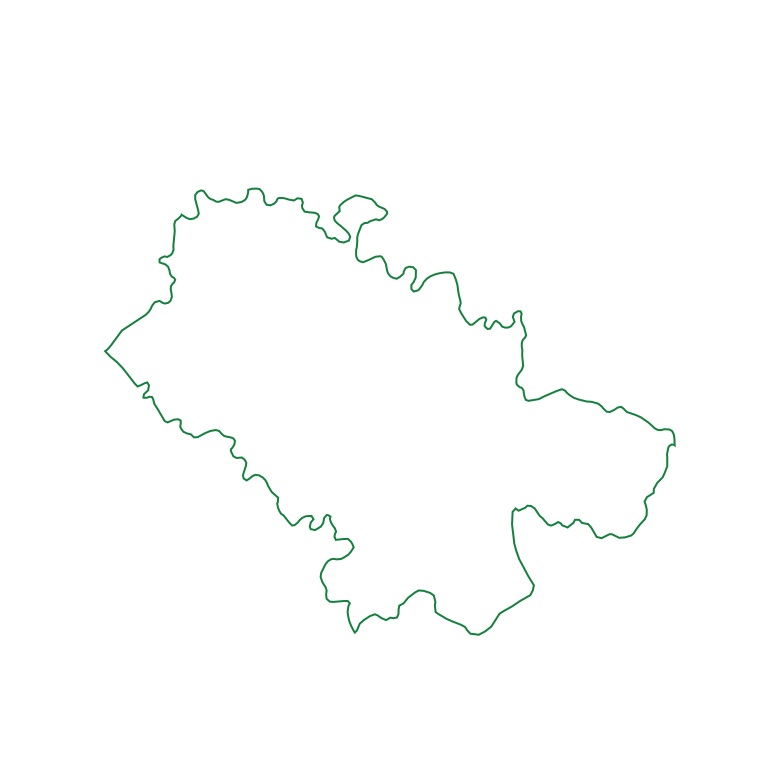 outline of Barysaw, Minsk, Belarus, rotated 147°
{"feature_id": "67162791B39606099444015", "entity_name": "Barysaw", "entity_type": "district", "adm_level": 2, "iso_a3": "BLR", "parent_name": "Belarus", "parent_adm1": "Minsk", "projection": "albers", "projection_center": [28.522, 54.3], "detail": "fine", "context": "isolated", "style": "outline", "palette": "green", "viewbox_px": 768, "rotation_deg": 147, "n_neighbors": 0, "source": "geoboundaries", "source_scale": "gbopen_adm2", "svg_char_len": 6166}
<svg xmlns="http://www.w3.org/2000/svg" viewBox="0 0 768 768"><g transform="rotate(147 384 384)"><path d="M441.1,122.1L434.1,121.4L426.1,122.1L412.3,128.4L407.7,128.4L397.3,127.7L388.0,127.9L376.2,127.2L371.6,129.9L367.9,133.5L367.7,143.4L366.0,163.5L363.8,172.5L361.8,178.8L353.1,196.5L345.8,206.7L341.4,207.9L340.2,204.5L333.1,203.3L330.0,203.8L327.1,201.6L325.4,197.5L325.2,188.5L324.2,185.3L323.0,176.8L320.8,174.1L316.0,173.4L313.1,173.4L311.6,170.7L311.6,168.5L308.2,163.7L300.7,164.4L297.8,166.1L294.4,163.9L293.5,159.5L289.1,155.4L288.4,151.0L288.9,139.9L285.5,136.2L276.6,135.2L274.6,133.7L270.5,126.9L265.2,124.0L259.2,122.3L255.8,122.8L251.7,124.7L245.8,126.8L239.0,128.5L235.4,130.7L232.2,135.2L230.7,138.9L229.5,143.5L225.1,145.9L217.1,145.8L214.9,149.0L209.1,152.1L201.1,154.0L197.2,156.4L191.3,160.7L186.4,168.2L185.0,170.8L180.1,175.9L178.6,176.6L175.7,176.6L173.8,174.9L173.6,174.3L170.0,180.3L168.5,183.6L168.0,187.4L169.2,190.2L173.5,193.4L176.7,194.4L179.2,196.1L181.1,199.4L182.1,203.6L183.4,208.1L186.7,216.1L189.7,220.8L195.6,228.3L196.5,232.7L197.5,235.6L200.9,237.0L204.8,236.9L209.9,237.5L212.4,239.6L213.5,244.5L213.6,246.5L215.1,250.9L219.5,255.9L223.6,259.0L229.4,265.2L232.4,269.2L234.3,273.4L235.4,276.9L235.7,279.6L237.4,282.6L242.5,284.0L255.9,286.3L262.4,287.0L272.0,291.2L273.7,293.5L273.2,296.5L271.6,300.5L270.5,302.5L270.5,305.5L272.0,307.7L272.9,311.0L272.3,313.0L269.6,316.9L266.8,318.7L260.7,320.9L257.4,323.5L252.4,333.0L249.7,336.7L248.0,340.5L246.2,343.2L243.7,345.3L240.5,346.1L238.3,347.3L235.6,355.4L235.3,358.7L234.6,362.2L232.5,365.7L230.3,368.0L229.9,370.5L232.0,372.1L236.6,372.3L239.3,370.3L240.7,365.0L246.0,363.2L249.1,363.7L251.7,365.3L253.7,367.9L253.7,370.0L253.9,371.9L255.6,375.9L257.5,376.0L264.9,372.6L267.3,373.9L268.1,377.7L266.3,380.1L263.2,382.2L262.8,384.5L264.8,386.0L268.6,386.6L277.4,385.6L279.6,386.8L280.8,392.0L280.7,400.9L280.2,405.9L278.0,408.1L275.7,409.9L274.3,413.1L272.9,417.5L270.6,422.7L268.6,426.9L266.8,432.6L265.7,438.6L268.2,441.9L271.9,444.3L277.2,446.7L281.7,448.2L286.3,449.0L290.7,449.0L295.0,447.9L297.6,446.3L303.1,444.1L305.0,444.1L308.8,445.4L309.3,448.7L307.2,452.0L303.4,453.5L299.4,456.0L295.2,462.1L296.0,466.1L299.0,468.7L302.7,469.5L306.1,467.6L307.6,465.9L312.2,465.2L316.1,465.4L318.8,468.5L319.9,470.8L320.3,474.4L319.7,477.3L317.1,483.5L316.6,487.8L316.5,491.6L317.5,493.2L322.0,495.4L328.9,496.3L335.2,497.5L337.4,500.0L338.3,502.4L337.9,505.9L336.6,508.2L334.5,511.4L332.1,513.8L328.6,518.3L327.0,521.0L324.9,523.2L322.9,524.8L316.4,529.5L312.7,529.6L310.0,528.1L307.0,528.1L301.0,526.5L298.9,524.0L295.7,523.3L292.9,523.7L288.5,525.2L287.6,527.0L288.2,530.5L291.4,535.3L292.6,538.1L292.6,541.0L293.6,545.6L302.6,555.5L305.3,557.7L314.4,558.6L318.3,558.6L323.3,557.8L325.2,556.8L327.0,553.1L333.5,552.0L335.3,550.9L336.2,548.2L335.8,544.8L334.3,540.4L332.2,532.9L331.7,529.4L332.1,525.9L335.3,523.4L340.7,524.6L344.2,527.9L344.5,529.5L345.8,533.3L348.9,534.4L351.8,538.0L350.7,544.1L351.0,547.9L353.6,550.5L355.2,553.2L352.9,556.0L349.5,558.0L347.1,560.0L347.0,562.6L348.8,565.3L353.1,568.6L356.7,571.8L356.7,576.1L355.8,578.0L353.2,580.4L352.3,584.2L355.4,586.9L359.5,586.9L363.4,590.5L365.6,593.2L368.2,595.7L371.4,597.4L372.9,597.1L374.8,595.7L378.3,595.1L382.0,595.7L384.9,598.4L384.8,602.5L382.1,607.5L381.5,611.0L382.1,615.0L383.9,616.9L388.1,619.5L392.1,620.8L393.9,618.3L397.2,615.4L399.9,614.1L404.3,614.2L409.2,616.3L413.5,622.7L416.2,625.3L423.1,626.7L425.3,628.2L427.0,631.5L428.7,633.5L429.8,636.6L430.2,643.9L431.8,645.9L435.7,646.6L439.3,645.4L441.6,642.0L445.4,630.5L446.7,627.6L449.6,626.1L453.6,626.4L457.1,628.0L459.3,631.1L461.5,636.2L461.9,635.8L465.9,634.8L470.2,634.4L472.8,632.3L476.5,625.8L485.3,614.8L487.4,611.2L490.3,609.0L492.7,608.3L496.6,608.6L498.5,610.5L501.6,611.1L504.3,610.9L506.0,608.2L502.1,603.2L501.2,599.8L502.1,595.9L503.4,593.1L503.6,590.0L502.3,587.3L502.3,585.2L504.7,583.5L506.5,583.3L509.3,582.1L511.4,579.4L513.0,575.4L514.5,572.5L517.9,570.0L520.8,569.6L524.1,570.9L525.8,573.2L526.4,574.9L527.3,576.1L531.6,577.4L535.8,576.0L538.7,574.1L541.9,572.7L545.9,571.8L574.7,571.6L592.1,565.0L597.1,563.6L600.0,563.4L598.6,555.9L596.0,547.7L594.4,539.1L592.8,520.1L592.0,516.1L588.3,515.4L584.3,515.0L581.8,514.3L581.8,511.0L585.2,507.2L591.0,506.1L593.2,503.6L590.5,501.6L588.0,501.2L585.7,499.5L585.8,497.2L587.4,492.7L587.5,485.3L588.1,472.3L586.5,469.7L579.3,468.4L575.8,466.5L574.4,464.2L575.7,462.0L578.2,459.0L578.5,456.5L578.2,453.1L576.1,449.8L573.4,447.0L572.4,442.7L569.1,440.9L560.6,440.2L555.3,439.2L550.1,437.0L547.8,434.3L547.3,430.4L546.3,427.4L544.3,425.2L541.9,423.0L540.0,420.4L539.9,417.6L542.2,415.0L545.4,413.2L547.9,412.7L549.0,411.0L549.7,405.4L548.0,402.3L543.3,399.8L542.1,396.6L542.3,393.1L544.0,390.9L551.9,384.4L553.2,381.3L551.8,378.0L549.0,377.9L544.1,378.4L541.2,377.8L538.6,375.5L536.6,371.6L535.9,368.2L536.0,365.1L536.7,361.8L537.0,354.6L534.7,346.3L537.4,342.8L538.7,341.9L540.2,338.2L540.9,334.8L541.0,331.2L539.8,328.4L539.0,319.7L538.2,315.4L535.9,314.3L532.0,314.7L528.6,315.8L525.8,316.3L521.4,315.6L516.7,312.9L516.7,309.0L520.9,307.7L524.0,304.7L524.5,302.2L521.3,299.0L514.5,298.8L510.6,300.6L507.2,304.2L503.7,305.3L502.5,304.8L501.1,301.9L502.9,300.2L503.9,296.9L504.0,293.1L503.8,289.8L504.6,286.2L506.7,285.1L508.7,282.9L509.3,279.5L502.1,275.9L498.5,273.6L497.6,269.6L497.7,267.1L498.3,263.6L502.7,261.5L506.9,260.3L510.9,260.3L515.2,260.6L519.2,262.7L521.6,264.9L524.1,265.9L527.5,265.9L531.1,264.8L539.6,259.8L542.3,256.6L543.6,251.4L543.7,245.4L544.5,242.2L547.1,239.1L549.1,235.2L548.0,231.0L545.3,228.9L535.4,223.6L532.6,221.7L532.1,218.7L534.8,217.1L538.8,212.5L540.6,208.5L542.1,204.6L543.2,199.7L543.9,193.3L543.8,191.4L540.8,192.1L534.9,196.2L529.4,197.0L522.1,197.0L517.0,195.8L515.3,193.2L513.6,189.0L510.9,184.9L505.8,184.5L503.8,182.5L500.2,181.1L497.0,183.3L494.8,186.7L491.9,189.8L487.1,189.4L480.1,191.6L471.6,192.3L467.2,191.9L463.5,189.0L459.2,183.9L457.4,179.5L459.6,173.2L461.8,170.8L464.9,164.7L463.7,161.5L459.6,153.3L455.9,147.5L450.6,140.2L448.4,136.1L448.4,132.2L447.6,127.6L441.1,122.1Z" fill="none" stroke="#15803d" stroke-width="2"/></g></svg>